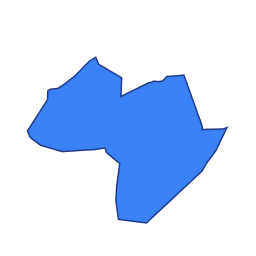 outline of San Dionisio Ocotepec, Oaxaca, Mexico, rotated 46°
{"feature_id": "50627088B78764005336655", "entity_name": "San Dionisio Ocotepec", "entity_type": "district", "adm_level": 2, "iso_a3": "MEX", "parent_name": "Mexico", "parent_adm1": "Oaxaca", "projection": "natural_earth1", "projection_center": [-96.307, 16.784], "detail": "fine", "context": "isolated", "style": "filled", "palette": "blue", "viewbox_px": 256, "rotation_deg": 46, "n_neighbors": 0, "source": "geoboundaries", "source_scale": "gbopen_adm2", "svg_char_len": 1704}
<svg xmlns="http://www.w3.org/2000/svg" viewBox="0 0 256 256"><g transform="rotate(46 128 128)"><path d="M209.1,180.7L209.2,173.6L209.3,170.3L209.3,166.3L209.4,160.4L209.5,156.1L209.8,141.0L209.8,135.9L210.0,125.7L210.2,113.6L210.4,105.0L207.9,96.0L205.3,80.4L196.4,56.5L195.8,57.9L195.8,58.0L194.7,60.4L193.4,61.7L191.2,64.2L190.6,64.8L189.5,66.0L188.7,66.9L186.5,69.3L184.8,71.0L183.7,72.2L183.1,73.0L180.6,75.7L180.2,75.3L178.9,73.8L174.8,71.8L173.6,71.2L173.4,71.0L171.7,70.3L171.3,70.4L170.1,69.6L169.5,69.4L166.0,68.0L165.7,67.9L163.3,66.6L163.2,66.6L161.4,65.7L160.0,65.1L159.6,64.9L158.9,64.6L157.7,64.1L157.1,63.9L155.5,63.1L154.5,62.6L153.5,62.2L151.5,61.3L149.4,60.4L146.9,59.2L143.6,57.7L142.7,57.3L142.3,57.1L139.9,56.1L138.5,55.5L138.0,55.2L136.5,54.5L135.3,54.0L134.6,53.7L133.5,53.2L131.8,52.4L130.6,51.9L129.4,51.4L128.8,51.1L128.3,51.7L121.4,60.2L118.0,64.1L118.2,70.6L115.7,74.0L114.7,74.8L112.0,77.2L111.9,77.6L111.1,80.0L109.9,81.5L105.1,96.5L100.4,111.1L97.1,107.7L95.5,106.0L93.3,103.7L90.3,100.6L87.5,97.7L71.1,102.3L71.2,102.2L70.9,102.2L70.4,102.3L70.0,102.5L69.9,102.5L69.6,102.6L61.9,104.9L54.7,102.1L54.6,102.6L53.1,109.8L53.2,112.3L53.2,114.8L53.3,116.7L53.5,123.1L53.6,128.1L53.6,130.8L53.0,136.4L52.6,140.0L52.1,144.0L50.8,150.9L48.8,153.5L47.3,155.5L46.4,156.6L46.3,157.1L45.6,159.9L51.8,166.3L52.2,168.1L53.9,175.3L54.7,178.9L55.5,182.1L56.6,186.8L58.2,193.7L60.4,202.5L67.0,204.9L79.7,202.9L89.3,197.4L99.2,191.8L111.6,177.1L116.5,171.4L120.3,167.1L126.4,158.3L130.7,160.5L142.3,159.3L147.9,158.7L162.4,177.0L171.8,187.2L187.1,198.3L193.2,193.4L194.3,192.6L195.2,191.9L197.7,189.8L203.2,185.4L209.1,180.7Z" fill="#3b82f6" stroke="#1e3a8a" stroke-width="1.5"/></g></svg>